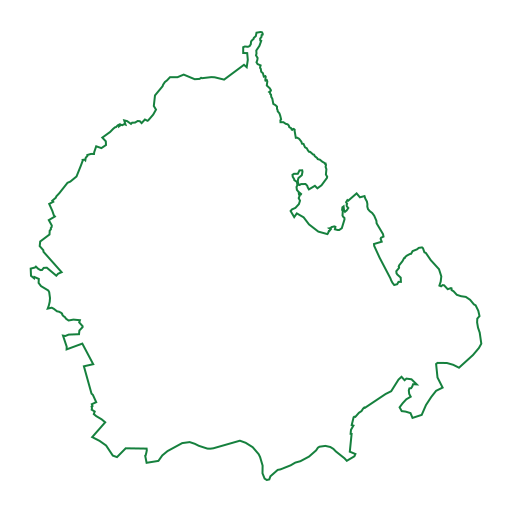 outline of Uriu, Bistrita-Nasaud, Romania
{"feature_id": "2599482B41912909280800", "entity_name": "Uriu", "entity_type": "district", "adm_level": 2, "iso_a3": "ROU", "parent_name": "Romania", "parent_adm1": "Bistrita-Nasaud", "projection": "albers", "projection_center": [24.088, 47.22], "detail": "fine", "context": "isolated", "style": "outline", "palette": "green", "viewbox_px": 512, "rotation_deg": 0, "n_neighbors": 0, "source": "geoboundaries", "source_scale": "gbopen_adm2", "svg_char_len": 5959}
<svg xmlns="http://www.w3.org/2000/svg" viewBox="0 0 512 512"><path d="M355.4,454.0L349.8,451.7L351.6,433.9L350.6,433.8L351.0,429.8L353.4,425.6L351.7,425.1L353.6,417.3L354.3,416.7L355.3,416.9L358.9,412.8L361.5,411.1L363.1,408.6L364.3,407.5L364.8,407.9L385.6,394.0L391.2,391.2L398.5,379.6L401.5,376.8L404.6,380.2L406.4,378.6L411.5,379.3L416.7,384.4L413.1,384.2L412.2,386.6L411.1,388.2L409.4,388.4L408.8,390.4L409.2,393.9L410.7,396.7L406.3,399.3L402.7,403.2L399.6,407.3L401.7,411.1L405.6,411.6L410.5,413.1L412.5,417.9L421.7,414.9L426.0,405.0L431.3,396.9L436.1,390.8L442.6,387.6L437.5,377.5L436.1,364.0L437.5,362.9L446.9,363.0L453.2,364.8L459.0,367.7L473.0,355.0L478.9,348.0L481.3,343.7L479.7,332.6L478.0,327.6L477.1,322.4L477.3,318.6L479.5,316.1L478.3,310.8L475.6,305.3L473.9,304.4L470.1,299.8L465.8,296.9L461.0,296.2L456.8,294.8L453.6,291.3L451.6,290.1L451.5,288.3L450.9,288.1L447.7,289.2L444.1,285.3L442.6,285.1L441.1,286.3L439.4,285.6L440.7,281.6L441.3,276.4L439.0,269.2L430.8,260.2L425.9,253.0L424.4,252.3L423.0,248.3L422.0,247.4L418.7,247.9L417.1,249.3L412.6,251.1L411.1,253.8L409.9,254.0L406.9,255.6L405.4,256.8L404.8,258.0L404.1,258.1L402.5,261.1L399.2,265.3L398.7,266.6L399.1,267.2L398.9,268.1L396.3,271.2L396.5,273.3L397.3,274.5L400.7,277.6L400.9,281.9L398.5,281.9L397.2,284.2L394.2,285.0L392.4,282.7L391.0,280.0L390.5,278.5L379.6,257.7L374.2,245.9L374.0,244.0L381.7,241.7L380.6,238.8L381.1,237.7L383.5,236.6L383.0,234.1L376.6,223.3L376.4,220.8L374.2,215.7L372.2,213.0L369.8,211.2L368.0,209.1L367.3,206.6L367.4,204.1L366.9,201.5L365.3,198.6L364.5,196.1L359.9,197.3L356.6,193.4L348.2,200.7L347.4,200.1L346.1,202.2L347.1,203.8L346.6,205.0L346.9,206.4L348.3,208.0L346.7,210.4L345.0,211.8L344.0,210.0L343.6,206.4L342.4,207.3L342.1,209.9L342.8,211.1L342.5,215.5L343.1,216.7L344.4,217.9L344.5,219.4L341.8,228.2L339.2,230.0L337.7,230.0L334.9,229.3L335.4,226.8L334.3,226.4L331.5,227.1L330.8,228.0L329.4,228.3L330.8,229.2L329.2,231.2L328.8,231.1L328.0,233.3L327.4,234.1L318.3,231.6L309.0,224.4L303.6,217.3L296.8,213.4L294.2,217.1L290.6,211.0L292.0,209.4L295.4,207.9L298.9,204.1L300.0,200.7L298.7,198.1L299.7,195.6L299.0,194.6L298.9,193.9L301.7,194.5L298.5,191.8L296.9,189.9L296.5,187.0L297.4,185.2L296.9,181.9L294.3,180.1L294.2,179.2L292.7,176.7L292.5,174.8L294.0,173.8L297.8,173.8L299.5,170.4L302.2,170.3L302.5,171.8L301.8,175.2L298.5,178.0L298.0,179.6L297.8,181.4L298.3,183.8L299.0,184.9L299.6,185.0L301.0,184.1L305.5,184.0L307.2,185.7L307.8,187.5L308.9,189.4L314.9,185.8L317.4,188.3L321.5,185.3L326.9,178.0L327.2,176.8L325.9,174.5L326.4,169.2L325.6,166.9L326.0,165.0L325.6,163.7L325.1,163.9L324.6,163.0L322.3,161.7L319.9,159.7L317.7,159.1L317.1,158.0L314.8,156.2L314.1,154.7L313.1,154.5L310.2,151.9L309.2,151.9L307.9,150.4L306.8,148.3L305.0,147.3L303.5,143.9L302.0,143.7L301.3,141.6L299.1,138.8L297.2,137.7L295.8,137.8L294.6,130.8L294.7,129.8L294.0,129.1L293.4,128.9L292.2,129.9L291.6,129.5L291.5,128.7L290.9,128.0L289.3,127.2L288.8,125.5L287.6,124.3L285.7,123.8L283.4,122.2L280.5,122.2L280.4,120.2L281.1,119.3L280.2,115.6L279.4,113.3L277.7,111.3L277.6,110.1L277.0,108.9L277.0,106.6L275.4,105.1L273.3,103.9L272.3,98.6L271.3,97.0L271.0,94.6L270.3,94.1L270.0,92.6L269.2,92.0L270.9,90.7L270.9,90.2L269.8,88.3L266.8,85.5L267.3,81.4L266.8,80.1L265.5,80.6L265.3,80.1L265.7,76.7L265.3,76.1L263.8,76.6L262.9,73.2L261.2,71.7L260.8,68.9L260.1,67.9L260.1,67.1L260.6,65.4L257.6,64.1L256.5,62.3L257.3,60.1L257.6,58.0L256.0,55.3L256.5,53.6L256.3,50.5L259.4,45.9L261.2,40.9L260.3,40.5L260.2,38.5L261.5,36.9L261.6,35.1L262.7,34.6L262.7,33.7L262.0,32.3L260.5,32.0L256.5,32.7L255.8,36.1L253.8,37.9L253.6,38.9L251.6,40.7L251.0,41.9L250.8,44.2L249.6,46.1L247.9,46.8L244.9,46.5L243.2,47.2L243.2,53.0L247.2,53.1L247.8,59.9L246.7,67.2L244.0,64.8L224.1,79.6L214.7,77.3L211.4,77.1L202.0,78.2L201.1,77.8L199.6,78.9L194.7,79.2L183.7,74.6L177.5,77.2L170.0,77.2L167.0,80.4L164.9,82.0L163.1,84.7L162.6,86.2L155.0,95.4L153.8,106.0L156.0,109.6L153.2,114.6L148.2,120.4L147.5,120.8L144.9,119.5L141.6,123.1L139.8,121.2L137.7,121.0L135.0,122.6L132.1,122.7L131.0,123.9L127.1,121.1L124.2,120.4L125.5,124.6L124.2,124.1L122.3,125.2L121.1,124.8L119.2,126.2L119.4,124.5L117.8,125.3L116.0,127.1L115.0,127.3L113.1,128.9L110.2,131.9L102.3,137.6L105.8,141.3L106.0,145.0L101.4,148.1L96.2,146.3L94.2,152.2L94.0,154.0L91.1,153.9L87.3,155.0L87.3,156.1L85.8,157.6L85.3,160.3L84.6,159.6L82.6,159.9L82.7,160.7L80.8,165.8L76.5,176.5L70.3,181.6L67.5,182.8L59.3,193.2L56.3,196.4L55.8,197.7L52.3,200.7L53.2,201.8L49.2,203.9L52.3,210.8L53.8,215.2L54.9,216.5L48.8,220.1L51.8,225.5L51.6,227.1L50.8,228.1L50.9,229.3L49.7,230.7L49.5,234.5L40.2,241.5L39.7,246.1L43.3,250.2L43.5,251.8L61.6,272.2L58.1,273.7L56.3,275.7L46.8,267.7L43.7,267.9L42.0,270.0L40.5,270.1L38.2,268.8L35.9,266.6L35.0,267.5L30.7,268.6L31.0,275.8L34.1,278.3L34.4,277.0L38.8,278.9L38.6,282.9L41.0,286.1L48.3,290.5L49.2,292.2L50.0,298.1L49.7,301.8L48.8,305.6L47.7,308.6L51.7,307.7L53.8,308.8L57.0,311.3L59.0,311.7L61.1,312.8L62.1,313.6L62.2,314.6L63.4,316.1L64.9,317.1L66.1,318.8L68.6,320.5L73.4,319.6L79.9,320.2L79.2,322.4L82.6,326.2L82.6,327.1L79.4,330.5L79.0,334.2L68.7,334.6L65.3,336.0L63.0,335.6L66.7,346.7L66.6,349.4L82.3,343.6L93.2,364.2L83.9,366.3L91.5,393.6L92.9,394.9L96.2,402.2L91.8,404.2L92.5,406.0L91.6,406.6L92.0,408.0L91.7,409.7L94.7,411.5L93.8,414.1L96.2,416.1L101.6,419.3L105.2,422.3L92.2,437.1L99.6,440.9L106.1,445.5L112.8,455.6L117.0,457.1L125.7,448.3L146.6,448.6L146.8,450.3L146.3,452.8L145.6,455.5L145.2,455.8L146.6,462.8L158.4,460.9L162.3,455.4L167.5,451.1L182.2,443.1L189.7,442.1L194.8,443.8L198.8,445.8L207.4,448.6L210.2,448.7L213.3,448.3L239.9,440.7L245.7,442.8L252.7,447.2L258.7,454.2L260.1,457.1L262.6,465.6L262.5,473.3L264.6,478.6L266.8,480.0L269.3,479.4L270.4,476.3L277.7,469.9L280.4,469.4L290.7,465.3L295.3,462.6L300.4,461.2L309.0,456.6L316.1,450.4L317.9,447.7L319.5,446.7L325.4,445.9L330.3,447.0L333.4,448.9L335.8,451.4L344.5,458.3L346.8,460.8L354.4,456.3L355.4,454.0Z" fill="none" stroke="#15803d" stroke-width="2"/></svg>